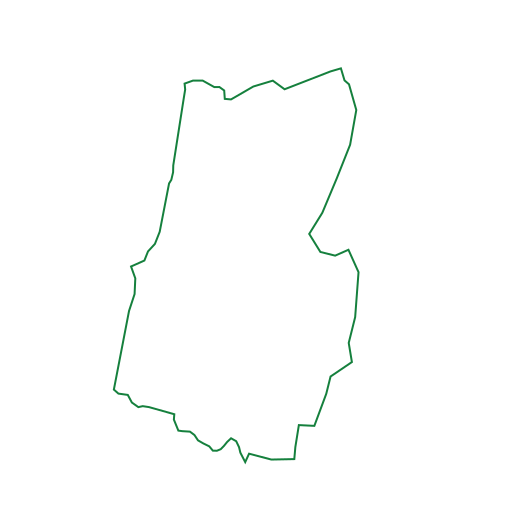 Smiltenes, Natural Earth projection, rotated 104°
{"feature_id": "LVA-5798", "entity_name": "Smiltenes", "entity_type": "Municipality", "adm_level": 1, "iso_a3": "LVA", "parent_name": "Latvia", "parent_adm1": "", "projection": "natural_earth1", "projection_center": [26.061, 57.417], "detail": "fine", "context": "isolated", "style": "outline", "palette": "green", "viewbox_px": 512, "rotation_deg": 104, "n_neighbors": 0, "source": "natural_earth", "source_scale": "10m", "svg_char_len": 1069}
<svg xmlns="http://www.w3.org/2000/svg" viewBox="0 0 512 512"><g transform="rotate(104 256 256)"><path d="M449.8,191.9L449.5,214.9L458.6,216.6L450.6,223.6L445.6,226.2L440.5,230.4L438.9,236.1L443.4,239.0L448.1,241.2L452.0,243.5L454.4,246.8L455.3,250.8L452.0,255.3L450.6,261.8L448.9,267.7L444.6,272.4L442.4,277.6L443.8,285.2L444.2,289.1L434.6,296.1L429.3,297.0L428.5,323.3L429.1,329.6L431.1,333.6L428.2,341.0L421.8,346.8L422.8,356.2L420.0,361.6L340.0,365.9L322.3,364.6L306.9,367.7L296.4,374.7L287.4,363.2L277.7,361.9L268.7,357.0L255.8,355.3L206.6,357.9L202.6,356.6L194.8,356.7L188.1,358.2L121.1,364.2L111.6,365.0L106.0,367.0L101.0,359.5L98.7,350.2L102.2,337.3L100.9,332.4L103.1,326.9L111.1,324.3L110.1,318.1L92.2,299.6L81.8,282.1L87.3,268.6L58.9,228.4L53.4,219.0L64.2,212.6L66.9,207.3L90.1,194.0L125.3,191.6L161.0,196.4L198.0,202.1L221.7,209.7L236.5,194.5L236.5,179.3L227.6,167.8L246.9,152.6L291.3,145.0L317.9,145.0L335.7,137.3L354.9,154.5L372.7,154.5L406.7,158.3L409.7,173.5L431.9,171.6L443.8,169.7L449.8,191.9Z" fill="none" stroke="#15803d" stroke-width="2"/></g></svg>